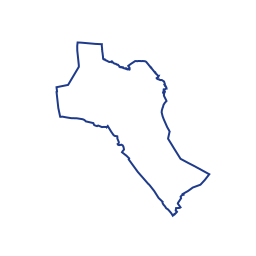 Gradinari, Caras-Severin, Romania (Mercator projection), rotated 159°
{"feature_id": "2599482B46425260952488", "entity_name": "Gradinari", "entity_type": "district", "adm_level": 2, "iso_a3": "ROU", "parent_name": "Romania", "parent_adm1": "Caras-Severin", "projection": "mercator", "projection_center": [21.573, 45.115], "detail": "fine", "context": "isolated", "style": "outline", "palette": "blue", "viewbox_px": 256, "rotation_deg": 159, "n_neighbors": 0, "source": "geoboundaries", "source_scale": "gbopen_adm2", "svg_char_len": 5043}
<svg xmlns="http://www.w3.org/2000/svg" viewBox="0 0 256 256"><g transform="rotate(159 128 128)"><path d="M187.3,162.8L186.7,162.5L185.8,162.3L185.0,162.0L183.2,160.9L181.4,159.8L179.5,158.7L177.6,157.6L177.4,157.5L172.3,155.4L167.6,152.7L167.2,152.4L166.8,152.1L166.4,151.7L166.0,151.3L165.7,150.8L165.4,150.3L165.2,149.8L165.0,149.3L158.6,145.0L158.6,143.1L157.8,142.1L156.2,140.8L155.0,141.0L152.0,138.2L150.9,137.9L149.7,137.5L148.6,137.0L147.5,136.5L147.5,136.4L146.2,137.1L145.0,130.5L144.1,126.8L143.4,125.5L141.0,124.1L141.3,122.9L141.7,122.0L141.7,121.5L141.6,118.0L142.5,116.8L143.4,116.7L143.4,116.1L142.6,115.3L141.7,115.0L141.1,114.9L140.2,114.8L139.2,113.7L139.0,112.2L139.2,110.6L139.5,109.3L141.6,108.1L142.3,107.5L139.3,102.5L137.8,99.2L138.6,98.4L134.6,83.5L129.1,68.5L128.7,67.9L128.0,65.9L126.1,59.7L124.5,51.7L122.2,46.8L122.4,46.7L122.6,45.8L122.4,43.8L121.9,42.6L121.5,41.4L121.1,39.4L119.8,37.6L119.6,37.0L119.2,36.0L118.7,34.6L118.1,32.8L117.6,30.1L115.7,31.0L115.5,30.6L112.3,32.2L112.5,32.9L113.0,33.5L113.1,33.8L111.8,36.0L109.8,35.3L108.3,34.9L107.4,35.1L108.6,39.6L108.0,40.3L103.6,43.4L103.5,45.0L101.7,46.0L100.6,45.8L100.1,45.8L100.4,46.8L94.4,47.7L88.9,49.2L80.7,49.1L75.0,51.9L68.7,55.7L80.1,69.1L84.4,73.9L86.2,76.0L90.0,80.4L92.4,92.7L93.1,96.6L94.4,103.4L94.4,103.6L94.3,103.9L91.0,108.9L90.5,109.7L90.4,109.8L90.5,110.3L90.6,111.6L90.8,112.8L91.1,114.8L91.5,123.1L91.5,126.4L91.0,130.5L90.1,132.3L88.5,134.4L87.8,135.1L86.6,136.8L86.4,137.0L86.1,137.2L84.8,138.2L84.2,138.5L82.7,139.3L82.5,139.6L82.4,139.6L82.4,139.9L82.4,140.2L82.9,145.3L82.6,145.8L82.4,146.2L82.4,146.5L82.2,146.8L82.3,147.0L82.4,147.3L81.8,147.5L81.8,147.8L82.2,148.2L82.3,148.3L82.5,148.6L82.5,148.8L82.4,148.9L82.0,148.9L81.5,149.0L81.4,148.9L80.9,148.5L80.9,148.4L80.7,148.4L80.6,148.5L80.5,148.8L80.6,149.0L81.2,149.6L81.4,149.8L81.4,150.0L81.1,150.7L80.9,151.1L80.8,151.3L80.7,151.3L80.3,151.1L80.0,150.8L79.9,150.7L79.1,151.0L78.7,151.1L78.2,151.1L77.9,151.0L77.8,151.5L77.7,151.8L77.7,152.0L77.7,152.3L77.8,152.4L77.8,152.5L77.8,152.8L77.8,153.1L78.0,153.3L78.2,153.6L77.9,153.9L77.9,154.1L78.0,154.3L78.0,154.5L78.4,155.0L78.5,155.4L78.1,155.5L77.9,155.7L77.8,155.9L77.8,156.5L77.8,156.9L77.7,158.3L77.7,158.5L78.0,158.9L78.7,159.9L79.1,160.5L79.4,160.7L79.5,160.8L80.1,161.0L80.4,161.0L80.7,161.3L81.2,161.6L81.3,161.7L81.4,161.8L81.5,162.2L81.6,162.3L82.2,162.6L82.4,162.7L82.7,163.0L83.2,163.6L83.3,163.8L83.4,164.0L83.4,164.3L83.1,164.4L82.6,164.5L82.0,164.6L81.6,164.7L81.3,164.9L81.1,165.1L80.9,165.4L80.7,165.6L81.3,165.7L81.4,166.2L81.5,166.8L81.6,167.0L81.8,167.4L82.0,167.9L82.3,168.4L82.4,168.5L82.4,168.8L82.5,168.9L82.6,169.2L82.5,169.5L82.5,170.1L82.6,170.3L82.9,170.4L83.0,170.4L83.0,170.5L82.9,170.7L82.9,170.8L83.0,170.9L83.2,171.1L83.3,171.2L83.5,171.6L83.5,171.9L84.6,175.2L84.6,175.5L84.6,175.9L84.7,176.2L84.8,176.3L85.0,176.3L85.0,176.8L85.2,177.2L85.3,177.2L85.3,177.3L85.4,177.6L85.5,177.9L86.0,179.1L86.1,179.7L86.8,181.7L87.1,182.6L87.2,183.0L87.4,183.3L87.7,183.8L88.1,184.1L88.9,184.6L90.0,185.1L90.3,185.3L90.5,185.3L91.5,185.6L92.0,185.8L92.4,186.1L92.8,186.2L93.9,186.7L94.5,186.9L95.0,186.9L95.4,187.0L95.9,187.3L96.5,187.6L97.4,187.9L97.8,187.8L102.4,186.8L103.8,186.4L104.9,186.1L105.5,185.9L105.3,184.9L105.2,184.6L105.1,184.4L105.1,184.2L105.0,183.8L105.1,183.7L105.2,183.0L105.3,182.6L105.3,182.4L105.7,182.0L105.9,182.1L106.0,182.1L106.2,182.6L106.3,182.9L106.5,183.0L106.9,182.9L107.3,182.9L107.6,182.9L107.7,183.0L107.8,183.1L107.7,183.2L107.6,183.4L107.6,183.5L107.8,183.8L108.0,183.7L108.6,183.9L108.6,184.1L108.4,184.4L108.4,184.5L108.5,184.6L108.9,184.6L109.4,184.6L109.5,184.6L109.7,184.9L109.8,185.0L110.5,185.3L110.9,185.6L111.0,185.8L111.1,186.0L111.0,186.4L111.0,186.6L111.5,186.8L112.0,186.7L112.1,186.8L112.1,187.0L112.4,187.4L112.6,187.5L112.8,187.5L112.9,187.3L113.0,187.3L113.6,187.6L113.9,188.1L114.0,188.2L113.9,188.4L113.9,188.6L114.0,189.0L114.4,189.7L114.6,190.1L114.6,190.3L114.6,190.5L114.8,190.8L115.1,191.0L115.4,191.0L115.7,191.2L115.9,191.4L116.1,191.9L116.4,192.3L116.5,192.3L117.0,192.6L117.4,192.9L117.7,193.1L118.0,193.5L118.2,193.8L118.3,194.2L118.3,194.3L118.6,194.7L118.7,194.8L118.9,195.0L119.1,195.0L119.4,195.0L119.5,195.1L119.5,195.3L119.1,195.8L119.1,196.0L119.3,196.1L119.9,195.8L120.1,195.7L120.3,195.8L120.8,196.1L121.5,196.2L122.0,196.5L122.4,196.9L122.8,197.4L123.0,197.6L123.3,198.0L123.5,198.2L123.6,198.3L123.7,198.5L123.8,198.6L124.1,198.7L124.2,198.9L124.3,199.0L124.5,199.3L124.9,199.5L125.0,200.3L125.1,200.5L125.3,200.5L125.5,200.5L125.9,200.6L126.1,200.8L126.4,201.3L126.2,202.3L125.6,204.2L125.5,204.8L125.0,206.7L124.9,207.1L124.8,207.6L124.7,208.0L124.6,208.6L124.5,209.1L124.4,209.3L124.3,209.5L124.2,209.8L124.1,210.3L124.1,210.7L123.9,210.9L123.8,211.2L123.4,212.6L123.3,213.1L123.1,213.8L122.7,215.0L122.4,215.6L128.3,218.2L141.0,224.4L144.4,225.9L146.0,222.8L147.6,218.5L151.4,204.3L152.0,202.7L168.5,189.7L180.1,191.7L181.2,187.4L181.8,187.3L185.9,171.6L187.3,162.8Z" fill="none" stroke="#1e3a8a" stroke-width="2"/></g></svg>